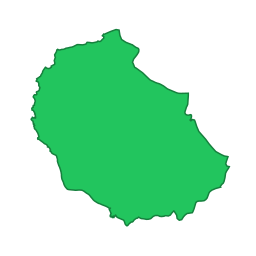 the district of Kutai Barat, Kalimantan Timur, Indonesia, rotated 351°
{"feature_id": "22746128B93368126922918", "entity_name": "Kutai Barat", "entity_type": "district", "adm_level": 2, "iso_a3": "IDN", "parent_name": "Indonesia", "parent_adm1": "Kalimantan Timur", "projection": "albers", "projection_center": [115.749, -0.471], "detail": "fine", "context": "isolated", "style": "filled", "palette": "green", "viewbox_px": 256, "rotation_deg": 351, "n_neighbors": 0, "source": "geoboundaries", "source_scale": "gbopen_adm2", "svg_char_len": 5474}
<svg xmlns="http://www.w3.org/2000/svg" viewBox="0 0 256 256"><g transform="rotate(351 128 128)"><path d="M118.1,221.8L118.0,221.5L119.5,219.9L121.8,218.6L123.3,218.5L124.5,217.7L126.8,219.5L129.5,220.2L131.9,221.1L134.0,221.3L136.2,221.1L139.0,219.3L141.1,218.7L143.4,219.0L144.6,219.5L145.5,220.2L147.3,220.7L149.9,220.8L150.3,220.5L151.7,220.5L152.7,220.8L154.1,221.2L156.2,220.6L157.9,218.9L160.2,217.1L160.6,217.4L162.4,221.7L162.4,225.1L164.2,227.1L166.7,226.9L168.8,224.5L170.6,223.0L172.9,221.7L178.3,221.7L179.2,220.5L180.6,218.1L183.4,212.2L183.5,212.2L184.9,211.3L185.9,211.3L186.2,211.2L189.0,211.6L191.8,211.7L193.6,210.9L195.2,209.5L197.9,204.7L198.9,203.7L201.1,202.5L205.0,201.5L210.2,200.9L210.1,200.7L210.4,199.7L212.2,198.1L213.4,197.4L214.5,195.8L216.0,192.2L217.3,187.9L218.8,185.8L221.1,183.3L222.0,182.0L219.9,181.3L218.9,178.8L219.9,176.4L222.3,172.0L221.7,171.7L218.9,170.8L216.0,168.9L211.0,165.0L207.9,160.2L205.4,156.1L203.0,151.4L197.4,142.5L196.1,137.3L195.3,132.2L194.9,130.5L194.3,130.4L193.5,129.9L193.2,129.7L192.7,129.8L192.1,130.3L191.4,130.7L191.1,130.7L190.7,130.2L190.6,129.9L190.7,129.6L190.9,129.4L191.4,129.1L191.6,128.9L192.2,127.5L192.5,126.7L192.6,125.8L192.6,125.1L191.8,124.6L190.0,124.8L188.9,124.6L188.2,124.3L187.6,124.0L187.1,123.4L186.9,123.1L186.7,122.5L186.6,121.3L189.1,116.3L189.7,115.6L190.5,114.3L190.7,113.9L192.6,105.6L193.0,103.1L185.6,102.1L183.6,101.7L182.3,101.2L181.0,100.5L173.9,96.1L172.9,95.4L170.6,93.0L169.6,92.0L167.2,90.1L165.5,89.0L163.7,88.2L161.8,87.1L159.9,85.7L158.1,84.6L157.0,83.6L151.1,75.8L145.3,70.0L144.1,69.2L143.1,64.8L142.7,63.8L144.3,60.9L145.0,60.1L145.3,59.9L147.5,57.9L148.5,56.9L149.7,55.5L150.5,54.4L151.0,52.4L150.7,51.1L149.0,49.9L148.3,49.6L148.2,49.4L145.3,46.5L145.0,46.3L144.4,46.1L143.9,45.7L139.4,43.1L135.5,39.6L134.5,35.2L134.5,29.9L131.6,28.9L126.2,29.9L118.8,31.8L118.6,31.5L117.1,32.9L118.4,34.1L118.0,35.6L116.4,36.5L115.5,37.4L114.3,38.1L113.2,38.1L111.9,37.4L110.9,38.1L107.6,38.3L105.8,38.3L103.0,37.4L101.0,37.0L99.4,38.6L96.2,38.8L92.2,37.9L90.8,37.7L86.8,39.0L85.4,39.3L83.1,39.3L81.5,39.5L79.1,39.5L78.1,39.9L76.5,40.2L74.7,40.0L73.8,40.2L72.0,40.2L70.9,39.3L70.4,39.7L70.0,39.7L69.1,41.7L67.0,44.2L67.0,45.6L67.3,46.8L65.7,49.9L65.9,52.2L65.5,53.6L63.9,54.2L63.7,54.2L61.8,54.9L61.8,56.0L60.3,56.7L58.9,56.9L57.8,56.5L56.9,56.1L56.2,55.1L55.9,55.1L53.3,57.8L52.6,58.7L52.1,60.1L50.3,62.1L49.7,63.3L48.6,63.6L48.0,64.1L45.7,65.0L45.9,65.3L45.8,65.9L45.3,66.3L45.0,66.9L44.7,67.2L44.7,67.5L44.8,67.6L45.5,67.6L45.9,68.1L46.5,68.4L46.9,70.5L46.8,70.8L46.6,71.4L46.5,71.9L46.9,73.3L47.2,73.8L47.3,74.3L46.9,74.9L47.0,75.1L46.9,75.4L46.6,75.7L46.5,76.0L46.3,76.7L45.9,77.1L45.3,77.4L44.8,77.7L44.1,77.7L43.2,78.1L43.1,78.3L43.3,80.3L42.8,80.8L42.4,80.9L41.2,80.5L40.8,80.6L40.2,81.0L39.7,81.7L39.3,82.3L39.3,82.7L39.6,83.4L40.0,83.8L40.2,84.1L40.6,86.6L40.5,87.2L39.4,89.5L39.1,90.9L38.5,91.0L38.0,90.9L37.9,91.0L37.7,91.6L37.6,92.8L37.3,92.7L37.1,92.7L36.8,92.8L36.2,93.4L36.0,93.9L36.1,95.4L36.9,95.5L37.2,95.8L37.5,96.7L37.8,97.0L38.0,97.5L37.9,98.0L38.4,98.9L38.4,99.1L38.0,99.6L38.2,99.8L38.4,100.1L38.4,100.4L38.5,100.7L38.3,101.2L38.3,101.4L38.4,101.5L38.5,102.0L38.3,102.4L38.4,103.3L38.3,103.5L38.2,103.7L37.9,103.7L37.1,103.0L36.5,103.5L35.9,103.1L35.3,102.4L35.2,102.4L35.1,102.5L35.0,103.0L34.8,103.3L34.1,103.7L33.9,103.9L33.7,104.2L33.9,104.8L34.0,105.0L34.4,105.4L34.6,105.9L35.3,106.5L35.2,107.2L35.3,107.6L35.1,108.0L35.2,108.7L35.2,108.9L35.4,109.0L35.7,109.1L35.8,109.3L35.5,109.5L35.2,109.9L35.3,110.1L35.9,110.6L36.0,110.8L36.1,111.0L35.5,111.3L35.3,111.6L35.3,112.1L35.6,112.5L35.7,112.9L35.7,113.1L35.5,113.6L35.7,113.8L35.7,114.2L35.9,114.5L36.1,114.9L36.5,115.1L36.7,115.4L37.9,118.4L38.2,119.3L38.7,122.8L38.0,123.3L37.3,123.6L37.1,124.5L37.3,125.1L37.7,125.2L38.3,125.2L38.7,125.5L39.2,126.3L39.6,126.7L41.9,129.0L43.0,130.4L44.1,131.0L45.0,131.7L45.5,132.5L45.4,132.8L45.5,133.2L46.1,133.8L45.8,134.2L46.1,134.3L46.5,134.3L47.4,135.6L47.8,136.4L47.7,136.9L47.7,137.1L48.0,137.6L47.5,138.1L47.5,138.9L48.3,139.3L48.6,140.5L49.2,141.3L50.2,142.1L52.6,143.7L52.9,144.2L53.1,145.2L53.2,146.2L53.4,147.4L53.4,148.3L53.1,149.7L53.3,151.4L53.8,154.3L54.2,155.5L54.7,158.2L55.0,161.1L55.0,163.7L54.8,164.8L54.7,166.6L54.8,168.3L55.7,171.5L55.9,173.3L56.2,174.6L56.8,176.2L58.0,178.2L58.5,178.9L59.2,179.3L60.0,179.6L62.3,180.2L64.7,180.8L66.5,181.3L70.1,181.6L71.9,182.0L72.4,182.1L73.4,182.6L74.8,183.7L75.7,184.7L76.7,185.7L78.6,187.3L79.0,187.7L80.1,189.4L80.4,190.1L81.6,192.0L82.5,193.6L83.6,194.9L86.0,197.0L86.8,197.6L87.4,198.0L88.4,198.4L90.3,199.7L93.1,201.3L94.1,201.9L95.7,203.1L96.3,203.7L97.1,204.6L97.1,204.8L97.3,204.7L97.2,205.0L97.4,205.0L97.2,205.2L96.9,205.2L96.8,205.3L97.0,205.6L96.9,205.9L97.0,206.0L97.0,206.3L97.2,206.7L97.9,209.8L97.7,210.0L97.4,210.4L97.3,210.5L97.3,210.8L97.2,211.2L97.0,211.4L96.8,211.5L96.6,212.2L96.8,212.9L97.4,212.8L97.7,212.8L98.1,212.7L98.3,213.0L98.2,213.7L98.4,213.9L98.7,213.5L98.9,213.6L99.0,213.2L99.3,213.4L99.5,213.2L99.5,213.6L99.7,214.1L99.9,214.2L100.0,214.0L100.2,213.9L100.8,213.5L101.0,213.1L101.6,212.6L101.6,212.4L101.8,212.2L102.0,212.1L102.4,212.4L102.5,213.3L103.3,214.4L104.0,215.0L109.1,218.2L109.4,218.5L109.5,218.9L109.8,219.9L110.2,222.5L110.9,223.7L111.3,224.2L111.6,224.4L111.9,224.4L112.3,224.3L112.7,224.1L113.5,223.2L114.0,222.9L116.2,221.5L116.5,221.4L117.3,221.5L117.6,221.4L117.8,221.5L118.1,221.8Z" fill="#22c55e" stroke="#15803d" stroke-width="1.5"/></g></svg>